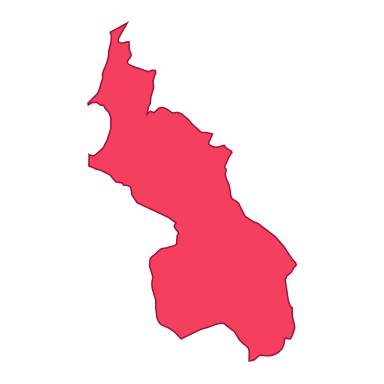 an SVG outline of Sucre
{"feature_id": "COL-1417", "entity_name": "Sucre", "entity_type": "Department", "adm_level": 1, "iso_a3": "COL", "parent_name": "Colombia", "parent_adm1": "", "projection": "albers", "projection_center": [-75.178, 9.212], "detail": "fine", "context": "isolated", "style": "filled", "palette": "rose", "viewbox_px": 384, "rotation_deg": 0, "n_neighbors": 0, "source": "natural_earth", "source_scale": "10m", "svg_char_len": 2619}
<svg xmlns="http://www.w3.org/2000/svg" viewBox="0 0 384 384"><path d="M89.1,154.7L89.2,154.8L93.6,156.0L96.1,154.2L103.0,148.2L107.3,139.9L110.8,128.4L110.9,117.7L109.0,112.7L106.8,110.1L105.5,109.0L103.5,105.3L100.7,105.3L98.2,103.5L96.4,102.4L92.8,102.6L90.4,103.5L88.3,105.0L87.9,103.2L97.9,93.1L99.6,88.3L102.6,78.3L102.5,74.1L103.6,70.2L105.9,65.2L107.9,59.1L108.6,55.5L108.6,51.7L111.0,41.4L111.4,35.6L110.1,32.3L127.2,23.0L118.9,37.5L118.1,40.4L118.6,42.2L120.3,43.0L122.9,43.1L125.8,42.1L129.0,41.8L129.1,48.1L129.5,50.3L131.0,53.7L131.1,55.3L130.4,57.1L127.7,60.7L127.4,62.4L128.5,64.3L132.7,66.3L146.9,71.2L149.4,71.6L151.7,70.2L155.5,70.5L155.6,73.3L154.4,76.3L152.9,82.0L153.7,86.4L153.3,89.2L151.4,94.8L150.7,98.1L150.5,101.4L150.0,104.0L148.7,106.2L147.0,114.2L150.3,111.2L154.0,112.7L157.1,109.9L158.4,108.5L160.7,107.5L163.3,107.7L166.6,108.9L171.9,112.7L174.3,113.0L176.5,112.4L178.6,112.6L181.3,113.7L188.4,119.6L192.2,124.2L199.8,131.0L201.9,132.5L207.1,132.6L212.5,134.0L208.7,142.8L209.1,144.3L210.3,145.4L213.1,146.7L216.7,147.3L220.7,146.3L223.0,145.4L224.3,145.3L224.7,146.1L226.0,147.8L229.6,150.3L231.2,151.0L232.0,152.3L231.1,153.5L228.8,157.4L225.1,165.6L224.6,167.5L226.3,169.7L225.3,173.2L225.5,175.3L226.3,178.7L228.7,183.9L230.4,191.7L230.5,194.1L231.0,196.6L231.8,198.3L233.7,199.8L235.4,200.6L238.6,203.3L241.9,210.0L245.3,216.5L253.0,221.5L257.9,223.4L275.1,236.5L283.5,246.0L292.6,259.7L295.0,262.1L296.1,263.9L296.1,265.3L295.1,266.5L293.8,267.7L291.4,272.1L286.8,276.0L285.2,279.8L288.3,300.7L290.4,306.2L292.5,308.2L292.2,309.1L292.2,313.0L292.7,318.2L294.3,324.5L294.7,327.7L294.2,329.8L291.7,336.7L290.4,338.9L287.4,338.7L285.8,338.1L285.2,338.2L284.6,339.6L284.0,344.1L282.1,348.4L279.4,351.5L275.6,354.1L271.5,355.5L266.8,355.8L260.7,355.2L258.9,355.8L255.1,359.1L253.6,360.1L249.1,361.0L249.2,350.9L248.3,348.1L246.0,345.7L243.6,344.0L239.6,340.1L234.5,331.7L227.8,326.6L224.2,323.6L221.7,323.4L217.7,323.7L207.8,327.3L200.1,329.6L181.1,338.9L174.5,331.9L168.6,328.0L161.1,324.6L159.3,322.7L158.0,320.4L156.8,317.2L155.8,308.0L155.8,300.3L152.3,288.7L151.9,284.7L151.9,282.0L153.0,277.3L149.5,266.0L150.1,259.1L151.3,257.3L152.9,255.9L154.7,254.7L158.4,251.0L160.8,249.1L162.9,248.4L165.6,248.1L174.5,245.6L176.5,244.2L177.2,235.5L177.9,234.6L178.6,233.4L178.1,232.3L174.7,227.7L174.2,226.2L175.9,222.8L168.1,217.2L137.0,202.7L132.0,195.0L130.7,187.2L127.6,185.5L125.3,185.2L123.9,185.3L123.2,184.8L122.5,183.2L115.8,181.8L112.6,178.2L110.0,174.9L100.6,170.2L95.1,168.8L93.6,167.8L88.9,166.1L89.1,155.1L89.1,154.7Z" fill="#f43f5e" stroke="#9f1239" stroke-width="1.5"/></svg>